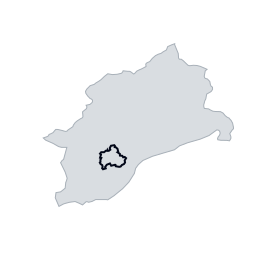 Bulgaria, with Targovishte highlighted, rotated 153°
{"feature_id": "BGR-2257", "entity_name": "Targovishte", "entity_type": "Province", "adm_level": 1, "iso_a3": "BGR", "parent_name": "Bulgaria", "parent_adm1": "", "projection": "robinson", "projection_center": [26.357, 43.248], "detail": "coarse", "context": "in_parent", "style": "outline", "palette": "ink", "viewbox_px": 256, "rotation_deg": 153, "n_neighbors": 0, "source": "natural_earth", "source_scale": "10m", "svg_char_len": 2829}
<svg xmlns="http://www.w3.org/2000/svg" viewBox="0 0 256 256"><g transform="rotate(153 128 128)"><path d="M208.0,157.6L203.7,157.0L202.3,157.2L201.3,158.1L199.3,157.9L196.9,157.9L194.4,159.0L193.0,159.5L191.1,158.5L187.6,155.5L185.4,153.4L183.9,152.9L182.3,153.5L176.6,154.2L175.3,155.4L172.6,156.8L170.0,157.4L166.2,157.8L164.2,157.8L163.1,158.4L162.2,160.4L161.5,162.3L161.0,163.1L156.2,164.1L155.2,165.2L154.9,166.2L155.0,167.3L151.2,166.3L148.3,167.0L147.6,167.8L147.0,169.0L147.4,170.3L148.4,171.5L149.4,174.8L149.8,178.1L149.2,180.0L147.0,181.4L142.5,182.9L138.2,182.2L136.3,182.7L133.0,182.9L130.1,183.3L125.5,184.7L121.4,185.5L117.7,182.7L113.3,180.8L108.8,179.7L107.1,180.5L106.4,181.2L102.6,178.7L100.9,177.8L100.1,176.9L98.5,173.6L97.5,173.5L94.4,174.7L91.3,174.7L89.5,174.5L84.0,174.6L83.2,176.8L82.6,177.2L81.4,177.5L78.5,177.3L74.7,179.0L70.7,180.0L67.6,180.0L64.4,179.5L62.5,179.9L58.3,180.1L55.7,182.5L51.6,182.3L48.1,181.9L48.6,181.2L49.4,171.6L51.2,167.3L51.1,166.4L50.8,165.8L49.3,165.1L48.2,162.8L46.1,156.7L44.8,155.5L41.3,154.2L38.2,152.4L35.6,150.1L30.9,144.4L33.3,143.8L34.1,142.7L36.6,139.5L36.9,138.0L36.6,137.1L35.0,135.6L34.0,132.3L34.9,129.2L35.0,127.6L34.2,126.0L35.1,124.1L36.8,123.0L37.9,122.7L42.5,122.5L45.5,118.6L47.3,117.3L49.2,115.1L50.0,114.3L50.8,112.6L51.1,110.8L47.5,108.4L46.3,106.5L44.7,104.4L42.6,103.0L38.2,100.6L36.5,98.1L35.8,94.9L34.7,92.5L33.4,90.9L33.2,89.6L32.7,88.0L32.6,84.9L33.7,80.8L34.4,79.4L35.9,79.0L39.9,76.8L40.2,73.9L40.9,72.2L42.2,71.2L43.4,70.5L45.5,72.1L50.7,74.8L53.3,76.7L53.1,77.8L51.9,79.0L49.6,80.1L48.2,81.6L47.8,83.5L48.2,84.8L49.7,86.0L59.2,84.5L68.8,85.3L81.6,87.8L90.2,88.7L96.5,87.5L108.2,89.7L119.0,91.7L129.5,92.3L135.4,90.7L139.5,88.6L143.0,84.6L151.8,79.4L160.2,76.4L171.3,74.0L178.7,73.2L179.7,74.0L189.2,78.9L193.4,78.9L196.8,79.7L198.0,81.0L198.9,81.3L203.4,80.1L205.4,82.8L208.5,86.5L213.9,88.4L218.6,89.4L220.1,89.6L225.1,89.5L224.5,98.8L221.5,103.1L217.0,101.7L211.3,102.9L208.2,107.7L206.5,109.2L205.0,110.9L204.0,117.2L203.8,127.7L201.6,128.9L199.6,129.3L191.3,138.5L196.1,141.0L198.3,143.0L201.9,148.5L206.9,154.6L208.0,157.6Z" fill="#d9dde1" stroke="#a8b0b8" stroke-width="1"/><path d="M156.3,117.7L156.3,116.8L155.5,116.4L153.6,116.7L153.4,118.4L151.2,119.9L148.0,118.9L147.8,118.0L148.5,117.0L147.7,116.5L146.8,114.3L147.5,111.3L148.4,111.2L147.0,108.6L147.7,107.1L145.7,105.8L145.6,104.1L144.1,103.7L143.4,102.0L145.7,100.6L146.3,98.6L148.0,97.7L150.2,97.8L152.1,97.0L153.5,97.4L156.3,99.5L155.9,100.8L156.2,101.1L160.1,102.0L160.2,104.6L163.6,104.9L166.1,103.6L166.2,102.1L169.0,102.6L169.3,103.9L168.3,104.8L167.8,106.6L168.8,108.4L168.8,110.0L167.9,110.3L167.1,112.1L165.4,113.4L166.4,114.2L164.1,116.6L164.6,117.8L162.9,118.6L160.3,117.3L158.0,117.8L156.9,117.1L156.3,117.7Z" fill="none" stroke="#020617" stroke-width="2"/></g></svg>